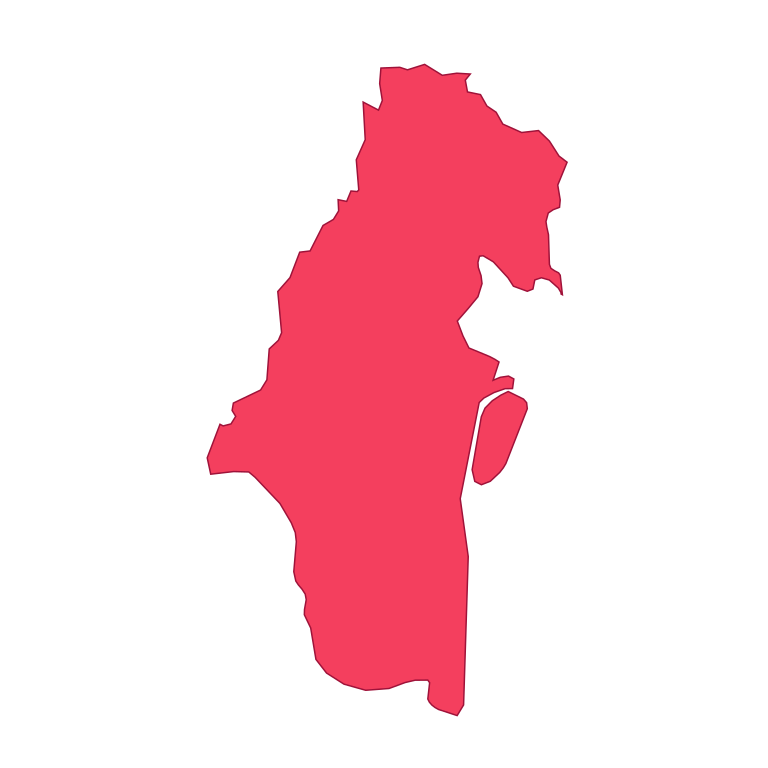 SVG path tracing the border of Kent, rotated 96°
{"feature_id": "GBR-3409", "entity_name": "Kent", "entity_type": "Administrative County", "adm_level": 1, "iso_a3": "GBR", "parent_name": "United Kingdom", "parent_adm1": "", "projection": "equal_earth", "projection_center": [0.675, 51.199], "detail": "fine", "context": "isolated", "style": "filled", "palette": "rose", "viewbox_px": 768, "rotation_deg": 96, "n_neighbors": 0, "source": "natural_earth", "source_scale": "10m", "svg_char_len": 1947}
<svg xmlns="http://www.w3.org/2000/svg" viewBox="0 0 768 768"><g transform="rotate(96 384 384)"><path d="M218.4,236.0L247.7,232.0L251.5,230.1L253.6,226.1L255.2,222.0L257.4,220.1L276.6,215.9L276.0,217.3L274.6,217.5L270.4,220.6L263.3,230.5L261.9,238.6L264.7,244.9L274.0,245.8L276.8,251.2L273.2,265.5L265.4,271.8L251.1,288.0L246.1,298.8L246.9,302.4L253.2,303.3L258.2,302.4L266.1,298.8L273.9,297.0L287.4,299.7L300.9,308.7L313.7,317.7L327.9,310.5L339.3,303.3L345.7,281.7L347.9,276.2L350.1,271.9L368.9,275.9L365.2,269.1L363.1,261.0L365.4,255.4L375.1,255.7L376.0,263.1L381.0,273.7L387.5,283.2L392.5,287.4L490.1,296.2L546.8,282.2L694.9,271.3L706.1,276.6L702.0,295.7L700.4,299.4L698.3,302.8L695.7,305.6L692.7,307.5L676.3,307.4L673.9,309.5L675.3,322.0L678.7,331.8L686.3,347.2L690.5,370.2L686.7,392.4L677.5,410.9L665.0,422.9L634.3,431.4L621.8,439.1L616.6,439.5L606.6,438.8L601.2,440.4L596.6,444.1L592.7,448.2L589.2,451.1L580.1,454.1L550.0,454.7L541.0,456.7L531.7,461.7L513.7,475.0L490.2,502.5L485.6,509.3L486.8,524.4L491.8,546.9L475.9,552.1L441.2,542.9L442.5,539.6L439.7,532.0L431.7,528.1L426.2,532.3L418.7,531.8L402.9,506.1L392.1,500.9L361.1,501.8L351.6,493.6L343.7,491.2L303.1,499.3L288.0,488.6L261.7,481.6L259.4,471.4L232.7,461.2L225.6,451.5L216.6,447.2L205.5,448.9L206.3,440.2L195.5,437.0L195.4,430.7L193.6,429.4L163.9,435.0L143.0,428.2L105.8,434.2L112.2,418.1L102.2,415.3L85.7,419.7L70.1,420.1L67.4,401.4L69.1,393.5L61.9,377.0L70.9,358.3L67.3,344.1L66.7,330.6L73.3,334.9L84.8,331.5L86.1,318.3L96.8,310.7L102.0,300.9L113.1,293.0L119.5,273.4L118.2,267.6L115.8,256.8L125.1,244.9L139.0,233.8L144.3,225.1L168.0,232.0L182.5,228.0L189.9,227.9L193.0,234.0L196.8,238.5L205.5,239.9L210.9,238.5L218.4,236.0ZM459.9,259.7L469.6,268.1L474.0,276.6L471.4,283.5L460.0,287.4L406.4,283.8L397.4,281.0L389.4,274.6L382.9,266.7L378.5,259.7L384.4,243.7L387.7,240.2L393.6,238.9L450.4,254.5L454.9,256.6L459.9,259.7Z" fill="#f43f5e" stroke="#9f1239" stroke-width="1.5"/></g></svg>